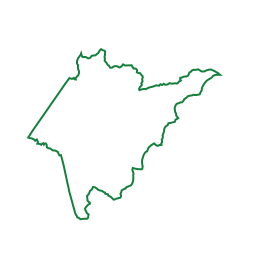 the district of Afrânio, Pernambuco, Brazil, rotated 170°
{"feature_id": "56859067B21944845436039", "entity_name": "Afrânio", "entity_type": "district", "adm_level": 2, "iso_a3": "BRA", "parent_name": "Brazil", "parent_adm1": "Pernambuco", "projection": "albers", "projection_center": [-41.058, -8.6], "detail": "fine", "context": "isolated", "style": "outline", "palette": "green", "viewbox_px": 256, "rotation_deg": 170, "n_neighbors": 0, "source": "geoboundaries", "source_scale": "gbopen_adm2", "svg_char_len": 3782}
<svg xmlns="http://www.w3.org/2000/svg" viewBox="0 0 256 256"><g transform="rotate(170 128 128)"><path d="M98.0,105.5L98.0,106.9L97.0,108.0L96.7,109.4L96.8,110.8L95.8,111.7L95.2,113.3L95.3,114.4L93.2,118.2L92.5,120.6L92.0,121.5L91.2,122.4L90.2,123.3L88.4,123.9L87.4,125.7L85.8,125.6L80.9,125.9L79.7,128.0L78.1,128.4L76.8,129.0L77.6,130.3L78.4,131.8L78.1,133.8L78.7,135.3L78.7,139.3L77.5,141.6L76.2,143.1L75.0,143.6L73.8,143.6L72.8,143.8L71.9,144.1L70.1,144.0L68.3,145.5L67.8,146.5L66.7,147.1L64.8,147.9L63.5,148.9L61.1,149.1L59.1,149.0L58.0,149.4L56.9,149.0L55.0,148.6L51.5,148.7L50.4,150.5L49.0,152.1L48.3,154.3L47.5,155.8L44.9,158.7L42.8,160.5L41.7,161.2L40.5,161.7L37.7,162.7L36.7,163.3L35.5,164.4L33.4,165.0L32.4,165.1L30.1,164.8L28.1,164.4L29.4,166.0L33.1,169.2L36.1,171.1L37.7,171.4L41.0,171.1L42.8,170.5L44.3,170.6L45.9,171.0L47.8,172.9L48.9,173.6L51.2,173.5L53.3,173.9L54.8,173.7L56.3,172.5L57.9,172.0L59.2,169.8L60.3,168.9L61.7,168.6L64.1,168.9L65.7,168.4L67.8,168.4L68.2,167.2L67.6,165.6L69.7,164.9L71.0,163.7L72.2,163.3L74.1,163.9L75.9,163.9L77.7,164.2L79.3,165.0L80.2,164.6L81.4,164.0L83.8,164.1L85.2,165.3L87.0,164.4L88.5,165.5L90.1,164.2L91.5,164.7L92.8,165.1L96.7,164.4L100.2,164.2L102.3,163.7L103.6,163.2L105.5,163.7L107.1,163.7L108.8,163.5L110.1,163.3L110.4,164.5L109.4,165.9L108.2,166.9L106.8,168.0L107.1,169.6L106.6,170.5L105.6,171.2L105.6,173.7L104.6,175.4L104.6,176.4L105.4,177.5L106.5,179.8L108.3,180.4L109.6,181.3L109.0,183.4L109.9,184.9L110.9,185.5L112.3,185.6L112.6,186.8L113.1,187.7L113.6,189.2L115.5,189.3L116.7,189.7L118.8,189.8L120.2,190.2L121.8,191.5L124.1,189.6L125.8,189.1L128.1,190.7L129.3,191.1L131.5,191.1L133.2,190.2L135.1,190.5L136.1,192.9L136.9,193.4L138.0,196.2L138.6,197.1L139.3,198.3L138.7,200.3L138.7,202.4L137.9,204.1L137.7,205.8L137.2,207.3L137.9,208.3L139.4,209.0L140.8,210.3L141.9,209.8L143.1,208.3L144.3,206.9L145.6,206.4L147.5,205.2L149.0,205.4L151.2,205.4L152.7,204.0L153.6,203.5L154.6,203.4L155.6,203.8L157.0,205.1L158.6,205.5L160.4,205.7L161.0,207.2L161.2,209.6L162.1,208.1L163.2,207.2L163.9,206.3L164.8,205.8L166.2,203.5L166.7,202.3L167.0,200.2L166.3,198.6L166.8,196.4L166.9,194.5L166.5,193.2L166.4,191.9L166.7,190.7L167.2,189.5L167.9,188.5L169.6,187.3L171.1,186.0L171.1,184.9L172.3,185.4L172.6,186.7L174.6,186.1L177.1,187.3L182.9,181.7L190.4,174.1L191.7,172.8L195.1,169.4L195.9,168.6L222.9,141.4L224.2,140.0L227.9,135.9L226.4,135.1L224.2,134.3L222.2,132.7L221.6,131.6L219.8,132.5L219.4,130.9L219.1,129.9L220.0,128.3L219.0,128.1L217.3,127.4L216.3,126.5L215.2,127.5L214.0,127.7L213.7,126.3L213.0,127.0L211.7,127.1L211.1,125.9L211.2,123.1L210.5,122.4L209.5,121.7L208.0,121.2L207.0,120.1L206.0,119.0L204.1,118.6L202.4,117.6L201.2,116.5L200.9,115.1L200.3,112.9L198.7,112.9L197.9,102.9L197.1,81.5L197.0,80.4L196.9,75.9L194.8,53.5L194.4,51.7L193.8,50.7L193.5,48.8L192.2,48.1L190.6,46.4L187.2,46.3L184.2,45.7L183.0,46.4L181.8,49.7L183.5,51.5L183.5,52.9L184.3,54.3L184.2,56.3L182.9,57.6L181.2,58.9L180.2,59.6L178.7,60.0L178.6,61.2L179.9,62.5L180.5,63.6L180.2,66.2L180.3,68.0L177.9,70.0L176.3,72.7L174.3,73.7L172.7,76.0L170.8,75.3L169.1,73.7L168.5,72.7L167.5,71.8L164.3,70.5L163.4,69.3L161.8,68.3L161.7,67.1L160.5,66.7L159.3,66.2L159.1,64.7L157.9,64.0L156.7,62.9L154.7,60.0L153.5,59.9L152.0,60.4L147.6,60.7L146.6,62.1L146.7,63.1L146.8,64.7L145.6,66.2L145.2,67.6L144.0,68.1L142.1,68.7L140.8,68.9L140.0,70.0L136.3,70.7L134.6,71.3L132.9,73.4L131.7,76.5L131.0,80.7L130.5,82.2L130.9,85.0L130.9,86.4L130.2,87.8L128.7,87.0L125.8,85.9L122.1,85.0L121.1,85.2L120.2,87.6L120.3,89.1L120.2,91.3L119.9,93.1L119.4,94.6L118.9,95.5L117.4,98.5L116.0,100.2L114.6,101.4L113.2,101.7L111.5,104.7L110.5,105.6L109.5,106.1L108.4,106.9L105.0,108.3L103.6,106.5L102.7,105.6L101.0,105.3L99.9,105.9L98.0,105.5Z" fill="none" stroke="#15803d" stroke-width="2"/></g></svg>